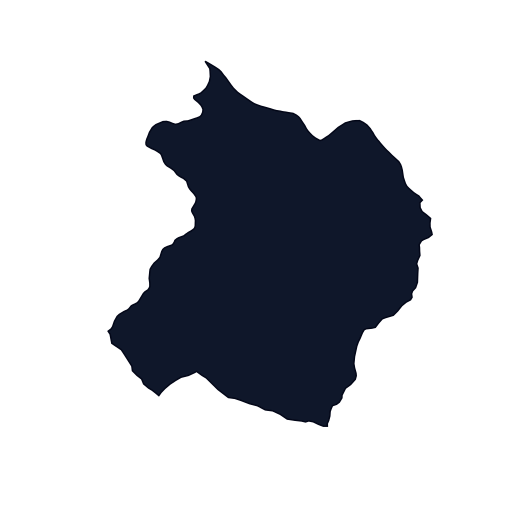 outline of Tsirangtoe, Chirang, Bhutan, rotated 121°
{"feature_id": "84629894B69953247245699", "entity_name": "Tsirangtoe", "entity_type": "district", "adm_level": 2, "iso_a3": "BTN", "parent_name": "Bhutan", "parent_adm1": "Chirang", "projection": "robinson", "projection_center": [90.098, 27.057], "detail": "fine", "context": "isolated", "style": "filled", "palette": "ink", "viewbox_px": 512, "rotation_deg": 121, "n_neighbors": 0, "source": "geoboundaries", "source_scale": "gbopen_adm2", "svg_char_len": 3893}
<svg xmlns="http://www.w3.org/2000/svg" viewBox="0 0 512 512"><g transform="rotate(121 256 256)"><path d="M396.6,344.0L398.2,340.7L405.1,334.6L405.7,323.1L408.0,318.3L411.3,311.7L414.3,305.7L418.0,302.8L419.6,296.5L420.3,290.7L423.5,286.4L424.5,280.1L424.5,275.9L425.0,271.9L425.7,267.4L421.8,267.1L416.5,265.9L410.0,263.7L404.1,260.9L398.5,257.8L393.2,252.5L387.3,248.5L385.5,247.6L386.1,240.6L386.1,235.8L390.0,219.8L391.5,206.8L388.9,200.8L387.5,194.5L385.9,185.5L383.6,177.7L383.1,168.8L380.1,162.0L379.2,153.7L379.5,148.8L379.7,145.3L376.7,138.0L373.9,131.9L372.7,128.1L370.2,125.9L368.6,121.5L368.1,115.9L367.2,110.6L365.1,107.2L362.9,108.6L359.6,109.0L355.2,110.3L351.1,112.4L348.1,113.0L344.9,113.4L341.6,110.6L338.4,109.3L333.4,109.3L331.0,110.6L323.3,111.2L317.4,108.7L310.6,107.4L307.1,108.4L305.0,109.9L301.2,113.9L297.9,116.7L291.4,119.8L281.4,123.2L277.0,124.1L273.1,124.4L266.9,125.3L263.4,125.3L261.6,124.1L258.1,119.5L255.7,117.0L250.1,116.4L244.8,115.4L242.0,113.2L236.1,107.8L230.2,106.3L223.4,105.4L218.1,103.5L214.0,101.0L211.0,101.0L208.3,103.2L205.4,103.8L201.0,102.9L195.4,104.1L190.9,106.6L187.1,108.7L182.9,110.9L180.0,114.3L176.4,115.2L171.1,115.8L167.6,118.3L164.6,120.2L162.3,122.0L157.8,122.0L155.5,120.8L151.3,117.7L146.9,116.1L145.1,117.7L141.6,121.7L138.1,123.9L133.9,125.7L133.0,131.0L132.4,136.5L130.1,140.2L125.9,143.0L122.4,142.2L121.4,145.5L120.7,147.4L120.7,150.1L120.5,153.5L119.9,156.9L119.3,160.0L118.6,162.6L117.0,165.3L114.8,167.9L112.7,170.3L109.9,172.6L107.2,174.8L104.7,177.3L103.2,179.2L101.6,182.2L100.8,186.2L99.8,191.3L98.6,195.9L98.1,198.4L97.3,201.3L96.4,204.2L95.7,206.3L95.1,208.1L94.4,209.8L94.0,211.4L92.7,214.5L91.7,216.7L90.1,219.4L89.1,221.7L88.1,223.6L86.6,228.4L86.3,232.8L86.6,236.9L88.8,240.4L90.6,242.9L93.0,245.2L96.0,248.0L98.9,249.4L103.4,251.7L107.5,253.0L112.3,254.6L115.3,255.6L117.8,256.9L120.6,258.2L122.9,259.4L124.1,260.7L124.2,263.3L124.3,265.8L123.9,269.7L123.0,273.1L122.1,275.9L121.0,278.4L119.1,281.5L116.9,286.2L115.5,289.0L114.8,291.2L114.5,294.0L114.7,297.7L116.4,301.8L117.4,304.5L118.6,307.2L119.5,310.0L120.9,313.3L121.7,316.0L122.4,319.1L124.1,325.4L125.1,328.8L125.9,332.8L126.4,335.9L126.4,338.7L126.2,342.0L126.0,345.1L125.7,349.3L125.5,353.0L125.2,356.2L123.8,361.9L122.3,365.7L118.7,373.9L117.7,377.0L116.1,380.8L115.4,383.9L115.2,388.5L115.2,393.7L115.3,399.9L119.1,392.1L121.7,390.2L125.7,387.5L130.4,385.8L134.9,385.3L138.0,385.3L144.5,387.1L146.6,388.4L147.9,389.5L150.9,391.7L152.6,390.8L153.3,389.3L154.0,384.6L155.0,381.0L155.9,379.2L157.6,376.9L160.2,375.7L161.9,375.5L163.5,375.3L165.5,375.8L168.2,377.8L169.4,378.9L175.2,383.8L177.6,387.2L179.6,388.7L182.6,390.6L184.7,392.9L185.4,395.8L185.9,399.3L186.8,402.1L188.7,404.9L194.9,409.4L197.7,410.5L199.4,411.0L204.8,411.0L209.7,410.1L211.9,409.8L214.2,409.2L215.7,408.6L217.2,407.5L217.8,405.9L217.6,400.8L217.1,397.2L217.1,394.3L217.3,390.6L218.2,388.9L220.4,386.2L222.6,383.6L224.0,380.8L224.5,378.6L224.5,374.4L224.9,370.2L226.7,365.8L227.0,363.4L227.0,360.5L226.8,358.1L227.5,354.0L231.4,349.6L232.6,347.4L233.5,344.9L233.9,343.4L234.5,341.4L236.1,337.8L237.7,336.5L240.4,335.5L242.0,335.2L246.6,335.2L248.6,335.2L250.4,334.4L251.6,332.9L253.7,329.1L255.3,327.4L256.9,326.1L258.4,325.3L261.4,323.6L263.0,323.1L264.5,323.1L266.4,323.8L268.3,324.7L270.7,326.1L272.2,326.7L273.6,327.4L275.9,328.2L278.0,329.9L280.1,331.6L281.8,332.6L284.3,333.5L286.0,333.2L288.3,333.2L289.9,333.7L292.2,335.6L293.6,336.8L296.1,338.5L298.3,339.2L300.6,339.1L306.6,337.6L310.1,338.2L312.0,338.8L314.5,339.6L318.6,340.0L321.9,339.9L323.7,339.1L330.2,336.0L333.8,333.1L336.7,331.3L338.7,331.0L340.8,331.2L343.9,332.7L346.1,333.2L354.8,333.2L357.1,333.6L359.5,335.0L361.2,336.2L362.9,337.2L366.6,337.7L368.6,338.4L371.4,340.4L376.5,343.1L379.3,343.9L384.8,343.7L390.4,342.5L393.1,342.6L396.6,344.0Z" fill="#0f172a" stroke="#020617" stroke-width="1.5"/></g></svg>